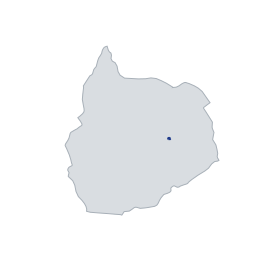 Norton, Mashonaland West, Zimbabwe shown in context, rotated 55°
{"feature_id": "62879985B7429577065299", "entity_name": "Norton", "entity_type": "district", "adm_level": 2, "iso_a3": "ZWE", "parent_name": "Zimbabwe", "parent_adm1": "Mashonaland West", "projection": "natural_earth1", "projection_center": [30.703, -17.887], "detail": "fine", "context": "in_parent", "style": "filled", "palette": "blue", "viewbox_px": 256, "rotation_deg": 55, "n_neighbors": 0, "source": "geoboundaries", "source_scale": "gbopen_adm2", "svg_char_len": 2450}
<svg xmlns="http://www.w3.org/2000/svg" viewBox="0 0 256 256"><g transform="rotate(55 128 128)"><path d="M172.5,209.7L170.7,208.3L168.2,207.4L165.0,207.0L160.8,207.2L155.7,208.0L150.2,207.0L144.3,204.4L139.5,203.5L133.7,204.7L133.4,204.7L132.4,203.8L130.8,201.9L128.2,201.6L127.4,201.1L126.9,200.4L126.5,199.5L126.3,198.5L126.7,195.4L126.5,195.1L125.8,194.7L124.3,194.3L120.8,192.9L116.4,191.5L109.3,190.0L106.5,189.6L105.9,189.2L105.1,188.0L103.7,184.5L102.4,182.1L99.3,178.5L98.8,177.3L99.0,174.4L99.2,172.1L99.5,170.1L99.3,168.3L99.3,166.0L99.4,164.4L98.9,163.8L97.8,163.3L94.7,163.1L90.8,163.2L90.7,160.8L90.3,157.2L89.6,155.1L88.7,154.0L86.9,152.9L83.3,151.3L78.4,149.0L74.2,145.5L69.4,141.2L67.9,140.4L66.2,136.3L63.4,129.4L63.6,127.1L63.2,125.9L60.5,122.5L59.9,120.7L59.5,118.9L55.3,113.9L53.8,111.7L52.7,108.9L51.7,106.7L50.7,105.7L49.5,104.2L48.7,102.5L48.3,101.2L48.6,99.4L49.0,98.2L53.0,99.5L55.1,99.6L56.8,99.0L58.9,99.8L61.4,102.1L64.2,102.5L67.1,101.1L71.1,101.5L76.1,103.8L80.2,104.2L85.2,102.2L89.5,96.7L93.7,91.4L97.7,85.4L100.1,80.5L103.7,76.5L108.5,73.5L113.3,70.9L120.7,67.7L120.7,67.8L122.2,65.1L122.7,62.3L122.7,58.3L123.1,55.8L123.8,54.6L125.1,53.7L126.6,52.5L131.5,49.5L135.6,47.6L140.6,46.3L146.1,46.3L151.3,46.3L154.3,46.3L154.4,50.1L154.6,54.4L155.2,54.8L159.1,54.9L165.5,55.2L171.6,55.5L175.5,58.6L176.8,59.2L180.9,60.1L186.0,65.3L192.3,65.7L196.6,67.4L200.3,69.1L202.5,71.3L203.9,71.8L205.8,71.9L206.7,72.1L206.5,73.6L205.2,76.2L205.4,80.0L207.1,85.1L207.3,89.6L206.8,97.6L206.8,105.2L207.0,108.0L207.2,109.8L207.6,110.8L207.5,111.9L206.5,115.1L205.6,118.5L205.6,119.9L205.3,120.8L204.7,121.7L201.9,123.3L201.5,124.2L201.5,126.0L201.8,127.4L202.8,128.0L204.1,128.8L204.5,129.9L204.5,131.1L204.1,133.2L203.0,136.8L204.1,140.9L205.3,143.6L207.0,146.6L207.7,148.5L207.6,149.9L207.4,151.2L204.8,156.8L203.0,160.3L200.8,164.1L197.9,166.4L197.1,167.5L196.8,168.8L196.9,171.6L196.8,174.6L194.3,179.1L195.8,183.0L195.4,183.3L194.6,183.9L191.0,188.3L187.3,192.7L184.7,195.9L181.7,199.6L178.3,203.7L175.4,207.2L172.5,209.7Z" fill="#d9dde1" stroke="#a8b0b8" stroke-width="1"/><path d="M161.5,99.9L161.4,99.7L161.4,99.8L161.2,99.8L161.2,99.7L160.9,99.7L160.9,99.8L160.9,100.0L160.8,99.9L160.7,99.9L160.7,99.7L160.4,99.5L160.3,99.8L160.2,99.8L160.2,99.7L159.9,99.6L159.6,99.7L159.5,99.9L159.2,100.3L159.1,100.6L159.3,101.1L159.7,101.5L160.6,100.6L160.9,100.7L161.5,99.9Z" fill="#3b82f6" stroke="#1e3a8a" stroke-width="1.5"/></g></svg>